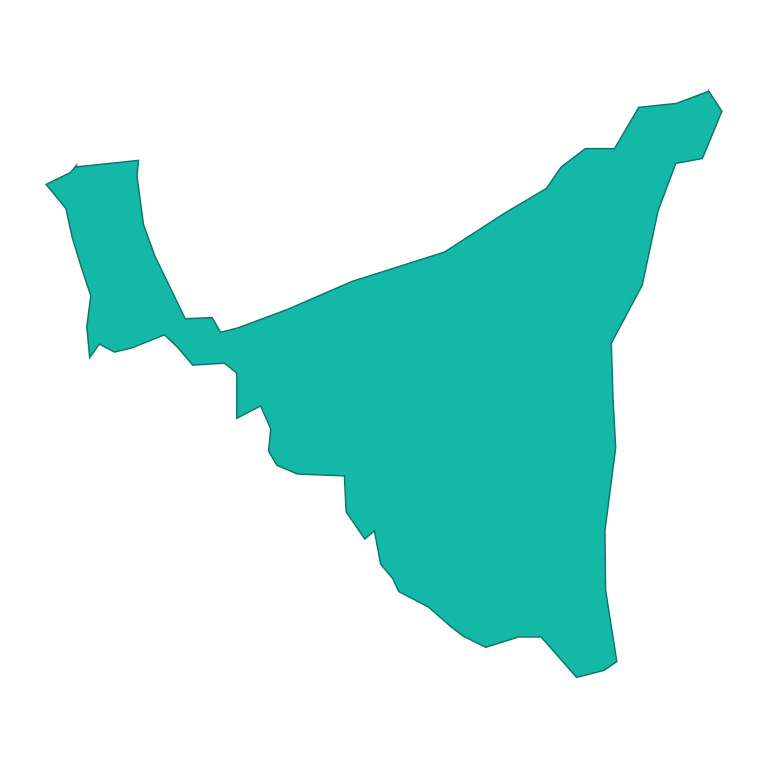 Lempa, Paphos, Cyprus
{"feature_id": "46923920B20974023634209", "entity_name": "Lempa", "entity_type": "district", "adm_level": 2, "iso_a3": "CYP", "parent_name": "Cyprus", "parent_adm1": "Paphos", "projection": "equal_earth", "projection_center": [32.402, 34.812], "detail": "fine", "context": "isolated", "style": "filled", "palette": "teal", "viewbox_px": 768, "rotation_deg": 0, "n_neighbors": 0, "source": "geoboundaries", "source_scale": "gbopen_adm2", "svg_char_len": 1005}
<svg xmlns="http://www.w3.org/2000/svg" viewBox="0 0 768 768"><path d="M76.5,165.3L70.4,172.6L46.1,184.4L65.9,208.5L72.1,237.0L81.7,268.5L90.8,295.8L86.8,326.7L89.5,355.6L89.7,357.7L99.3,344.1L114.6,352.1L132.1,347.8L164.4,334.8L177.4,347.1L192.7,365.1L224.4,363.2L236.8,373.1L236.8,404.1L236.8,418.3L260.6,405.9L270.8,428.9L268.5,451.1L277.0,465.4L297.4,474.0L344.4,475.9L346.1,511.8L364.8,539.0L374.4,530.8L380.6,564.1L392.9,578.8L398.7,591.5L428.8,607.3L450.5,626.3L463.2,636.2L485.7,647.3L518.3,637.0L541.1,637.0L576.6,677.4L604.1,670.3L616.8,661.6L611.2,625.9L605.6,590.3L604.9,530.8L615.7,447.7L613.0,398.4L611.3,343.2L642.2,285.2L658.1,210.7L675.8,163.4L702.4,158.5L721.9,111.3L708.4,90.6L708.0,91.5L676.4,103.4L638.7,107.4L614.5,148.6L585.3,148.6L561.0,167.2L546.4,188.4L503.9,213.6L444.4,252.1L352.1,281.4L287.7,309.3L237.9,327.9L220.6,332.3L212.1,317.6L185.2,318.7L154.9,256.1L143.5,224.6L137.0,176.2L138.5,160.4L76.3,166.9L76.5,165.3Z" fill="#14b8a6" stroke="#0f766e" stroke-width="1.5"/></svg>